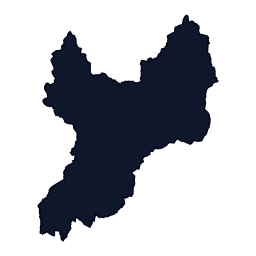 outline of Doi Saket, Chiang Mai, Thailand
{"feature_id": "78962969B32024280119192", "entity_name": "Doi Saket", "entity_type": "district", "adm_level": 2, "iso_a3": "THA", "parent_name": "Thailand", "parent_adm1": "Chiang Mai", "projection": "equal_earth", "projection_center": [99.166, 18.932], "detail": "fine", "context": "isolated", "style": "filled", "palette": "ink", "viewbox_px": 256, "rotation_deg": 0, "n_neighbors": 0, "source": "geoboundaries", "source_scale": "gbopen_adm2", "svg_char_len": 5674}
<svg xmlns="http://www.w3.org/2000/svg" viewBox="0 0 256 256"><path d="M217.8,81.1L216.6,79.6L216.7,78.8L216.2,77.6L215.5,77.6L214.9,76.3L214.8,75.3L215.0,74.5L214.8,72.2L215.0,71.3L214.5,69.8L214.5,68.5L214.0,68.3L213.7,67.3L211.5,67.1L211.6,66.1L211.3,65.3L211.5,64.6L210.8,63.3L210.5,61.6L210.8,59.2L209.7,56.0L209.7,54.6L207.3,52.3L207.7,49.2L207.6,47.8L207.9,46.9L207.6,45.7L208.0,44.4L209.2,43.2L208.4,41.9L208.0,40.4L208.5,37.7L207.2,36.1L203.6,35.0L200.9,34.6L199.2,33.5L198.4,30.8L199.0,27.6L198.6,26.1L196.4,24.0L194.2,23.1L192.9,21.5L191.7,21.2L189.5,22.2L188.4,21.8L187.9,16.6L187.6,16.0L186.4,15.4L185.2,16.4L183.6,19.2L182.7,23.6L181.9,25.0L179.5,25.4L176.7,26.9L175.6,27.1L174.9,28.9L174.9,30.6L174.5,32.3L173.8,32.9L172.4,33.0L171.6,33.8L170.6,34.1L167.5,36.0L168.1,39.7L167.8,40.6L168.1,42.0L166.7,43.3L166.8,45.5L165.6,46.4L164.6,48.2L163.3,48.8L162.1,48.8L161.5,49.5L161.4,51.0L160.3,53.4L158.7,54.2L157.0,58.3L155.3,58.3L152.3,59.8L150.8,58.1L150.5,58.1L148.1,59.2L147.9,60.8L146.9,61.2L144.9,61.4L143.8,60.6L141.7,60.6L140.5,64.0L141.8,66.2L141.4,67.6L141.6,69.1L141.2,70.8L141.5,72.3L141.3,74.2L141.6,76.1L140.5,78.2L141.3,81.1L140.4,81.9L137.2,83.1L134.4,82.7L133.1,81.5L131.6,81.4L130.6,81.9L129.7,81.4L128.0,81.3L126.6,81.9L125.5,81.3L124.3,82.2L122.9,82.3L121.3,83.0L120.4,85.0L120.0,85.2L119.3,83.7L116.0,81.6L114.8,80.1L113.0,80.4L111.0,78.6L108.1,77.8L105.2,74.0L102.1,73.1L100.1,74.9L94.4,75.0L93.3,76.0L90.1,72.9L90.2,63.5L89.8,62.9L88.1,62.1L86.5,60.4L85.6,57.8L85.5,56.7L85.8,54.9L84.0,53.8L81.0,54.0L80.4,51.6L81.2,48.8L80.8,48.4L78.5,48.0L77.1,46.3L76.6,44.6L75.8,43.5L76.0,42.1L75.7,39.0L74.5,36.1L74.0,35.6L72.3,35.3L70.1,31.7L69.3,32.1L68.1,33.7L67.1,36.7L64.3,39.2L63.8,41.0L64.2,42.6L64.0,43.8L62.0,45.9L61.7,46.7L62.1,49.1L61.9,49.6L58.8,50.8L56.3,50.8L52.2,53.8L52.4,54.5L53.7,55.6L54.0,56.3L51.5,59.4L51.1,60.3L54.1,67.5L54.3,69.4L53.2,70.8L52.1,71.4L52.6,73.7L56.2,79.3L54.5,80.2L54.9,81.8L54.5,82.8L51.0,84.8L49.9,84.8L47.9,83.3L47.0,83.3L46.1,83.9L44.9,86.3L44.7,88.0L44.8,88.9L45.5,90.6L46.9,92.5L47.4,93.5L47.8,96.9L47.6,97.7L46.8,98.4L45.0,98.5L43.9,99.9L43.2,100.1L43.1,100.8L43.4,102.2L44.0,103.2L45.0,104.3L47.4,106.0L48.5,105.8L49.6,106.6L52.2,105.5L52.7,107.5L54.2,109.0L54.4,111.3L55.7,115.0L56.5,115.0L57.3,115.5L58.4,115.0L60.2,117.1L62.3,116.6L64.4,119.9L65.0,121.8L65.7,122.5L69.0,123.6L72.5,123.9L73.5,125.2L74.1,128.9L76.2,131.2L77.1,133.1L77.3,134.6L77.0,136.9L77.3,138.9L77.0,140.9L76.6,141.6L75.9,141.8L75.5,143.0L75.9,144.1L75.8,145.2L75.0,145.5L75.1,146.6L74.2,147.8L74.2,148.4L72.4,148.5L71.8,149.8L72.3,151.1L71.4,151.6L70.7,152.5L71.3,152.6L71.4,154.0L72.0,154.8L73.2,155.2L73.7,154.5L75.2,154.6L75.3,155.8L74.9,157.3L75.2,158.6L74.9,158.8L74.6,160.4L72.8,160.9L73.4,162.3L73.2,163.4L72.1,163.3L70.8,164.3L68.5,165.1L65.8,167.4L65.8,168.7L64.0,171.5L63.8,173.5L64.3,174.9L63.9,176.6L64.3,179.3L53.6,185.8L50.5,188.1L50.4,189.5L49.5,189.8L49.3,190.9L49.6,191.5L49.0,192.3L48.9,193.4L48.1,194.7L47.3,195.3L47.2,197.0L46.8,198.2L45.3,198.0L44.1,199.6L42.9,199.3L42.1,201.7L41.1,202.8L40.6,202.8L39.5,204.3L39.6,204.7L38.8,204.8L38.3,205.4L38.2,206.6L39.0,207.6L39.6,207.6L39.7,214.1L40.8,214.9L40.2,215.7L40.4,216.1L39.8,216.5L39.8,217.4L40.7,218.1L40.6,219.6L41.3,220.3L41.0,220.6L40.9,222.1L41.1,222.7L40.9,223.5L41.4,224.6L41.0,224.8L40.7,225.7L40.5,228.3L40.7,228.7L40.5,229.2L40.9,230.0L40.2,232.0L40.5,233.2L42.1,233.3L42.4,233.8L42.6,233.3L44.2,233.4L46.2,232.0L46.9,232.0L47.0,231.7L50.9,234.4L53.7,235.6L54.0,235.2L54.3,235.4L54.4,235.2L54.3,233.5L54.6,230.6L56.1,230.3L57.2,230.8L59.2,230.7L60.1,232.4L59.9,233.1L60.4,234.1L60.2,234.7L61.1,235.2L61.3,235.7L61.4,236.6L60.9,237.5L61.4,238.4L61.5,239.1L62.1,240.0L63.2,240.6L64.9,237.5L65.5,237.9L66.6,236.9L67.2,233.2L68.0,232.8L69.2,230.4L69.9,230.1L69.9,229.0L70.7,228.3L70.2,226.1L70.7,224.3L70.4,223.4L71.3,221.3L71.8,220.6L72.7,220.2L75.2,221.4L75.3,218.7L75.9,217.0L78.9,218.9L80.1,220.2L82.1,220.9L82.9,221.8L82.8,222.2L83.0,222.6L84.4,223.6L84.2,224.2L89.9,227.1L91.4,224.3L92.7,220.8L93.4,220.3L94.2,220.8L94.6,217.8L95.3,215.6L95.4,213.9L96.5,214.4L96.3,215.1L97.6,215.6L97.6,216.0L99.2,217.4L99.6,216.9L103.9,217.5L104.4,216.4L105.6,216.6L106.2,216.2L107.5,216.7L110.3,215.0L110.7,215.3L110.9,215.0L113.9,214.2L115.4,212.6L116.5,212.6L118.0,209.7L119.5,208.8L119.6,207.9L121.9,207.3L124.4,203.6L124.6,202.9L123.4,197.8L123.5,197.3L124.2,197.2L125.3,198.0L127.3,197.2L127.3,196.8L127.6,196.9L129.5,195.5L130.2,196.2L131.1,195.7L131.3,195.9L131.6,195.3L131.9,195.6L132.9,193.5L133.0,187.3L133.9,186.0L134.5,183.7L134.2,179.7L134.6,176.3L134.5,175.8L133.5,175.3L132.4,173.9L131.9,172.8L132.0,171.8L134.9,170.3L136.7,168.4L138.4,169.0L138.9,168.8L139.8,164.3L140.5,164.0L141.9,162.3L143.2,161.9L143.2,161.0L142.6,160.4L142.3,159.7L143.3,157.2L144.2,156.9L145.2,155.9L146.5,156.2L148.4,154.7L149.6,154.4L150.1,151.6L150.5,151.0L152.8,151.4L153.4,149.1L154.4,149.2L154.6,148.0L154.9,147.4L155.5,148.1L156.7,148.5L158.8,148.6L159.2,147.6L160.0,148.2L160.6,148.2L161.8,148.0L162.7,147.2L163.8,147.1L164.3,146.3L165.1,146.1L166.8,144.9L167.4,143.8L169.3,142.4L173.9,142.9L176.4,139.3L178.1,138.8L178.5,138.8L178.9,139.7L181.4,141.0L184.4,141.5L190.1,144.1L191.5,143.4L193.7,140.6L196.4,140.7L197.5,141.3L201.6,140.6L204.2,135.8L205.7,134.7L207.4,130.6L207.5,129.2L208.7,127.7L209.2,126.4L208.8,125.4L209.6,124.1L209.8,120.9L210.1,119.8L209.1,115.1L208.6,113.8L207.4,112.1L205.9,110.9L204.1,108.9L204.8,107.3L204.8,105.9L205.4,103.5L205.2,101.1L204.6,99.4L205.7,96.7L205.3,93.2L205.9,92.4L206.2,90.2L207.8,87.7L211.9,85.5L212.3,84.9L212.5,83.5L213.1,83.0L214.5,82.2L216.7,81.8L217.8,81.1Z" fill="#0f172a" stroke="#020617" stroke-width="1.5"/></svg>